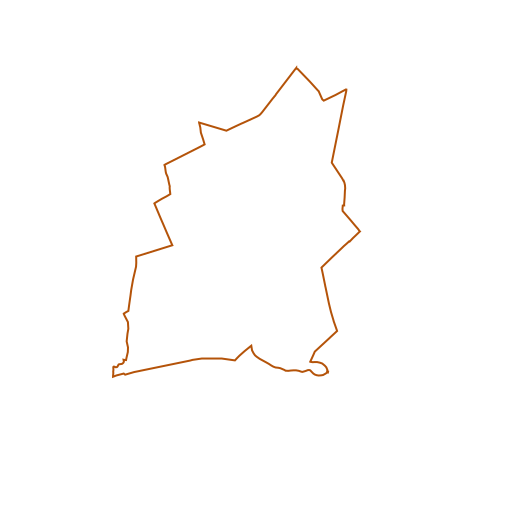 Subate, Ilukstes, Latvia (Mercator projection), rotated 131°
{"feature_id": "27541924B14996624872646", "entity_name": "Subate", "entity_type": "district", "adm_level": 2, "iso_a3": "LVA", "parent_name": "Latvia", "parent_adm1": "Ilukstes", "projection": "mercator", "projection_center": [25.914, 56.009], "detail": "fine", "context": "isolated", "style": "outline", "palette": "amber", "viewbox_px": 512, "rotation_deg": 131, "n_neighbors": 0, "source": "geoboundaries", "source_scale": "gbopen_adm2", "svg_char_len": 3195}
<svg xmlns="http://www.w3.org/2000/svg" viewBox="0 0 512 512"><g transform="rotate(131 256 256)"><path d="M440.9,284.7L437.6,282.9L431.5,278.7L431.4,276.9L423.5,271.8L419.1,268.4L418.8,268.2L378.1,237.1L377.8,236.9L376.1,235.8L368.9,229.6L356.0,214.8L348.6,203.4L345.3,203.3L342.2,203.1L339.8,202.8L335.3,202.2L333.5,201.9L328.4,201.0L326.8,200.7L329.8,197.1L331.0,194.0L331.6,191.6L331.6,189.6L331.2,185.8L330.3,181.7L329.6,178.5L329.0,175.6L328.6,172.6L328.1,170.2L327.3,168.1L325.7,165.8L324.7,164.0L323.3,159.6L323.2,158.5L321.5,156.3L319.6,154.6L317.5,152.5L316.1,150.9L314.6,148.4L313.6,145.9L313.0,144.9L311.3,143.8L310.0,143.0L308.1,142.0L307.2,141.1L306.7,140.0L306.9,138.3L307.1,135.7L306.9,133.9L306.2,132.1L305.1,130.3L303.4,128.6L301.8,127.3L299.3,126.4L297.1,125.8L296.8,125.3L295.9,125.8L296.1,126.3L296.2,126.8L295.3,127.2L294.8,128.1L293.9,129.9L293.6,132.1L293.7,135.5L294.6,137.8L295.9,140.2L297.4,142.0L298.9,143.5L300.1,145.4L300.2,145.7L299.5,145.9L292.4,148.0L289.6,148.9L268.8,146.6L268.5,146.6L265.9,146.3L259.4,145.6L258.9,146.4L254.3,154.5L253.8,155.2L249.1,162.6L244.0,169.8L233.9,183.1L233.6,183.6L233.4,183.8L232.7,184.7L225.4,194.2L221.8,199.0L207.7,197.8L194.4,196.5L190.9,196.2L187.3,195.7L183.8,195.3L183.7,194.8L179.0,194.6L169.3,193.7L169.3,194.2L168.7,196.4L168.0,201.2L166.7,209.5L165.2,220.1L163.9,221.5L161.0,223.6L160.0,222.6L159.2,223.4L153.7,227.5L148.4,231.7L146.4,233.1L144.3,235.2L144.0,235.5L143.9,235.7L143.0,236.9L142.5,237.7L141.7,239.2L141.9,239.3L140.9,241.9L136.0,259.6L135.8,260.1L116.8,270.9L107.3,276.3L97.9,281.7L97.2,282.1L85.5,288.8L72.3,296.1L71.1,297.0L71.3,297.4L75.4,299.0L82.3,301.6L85.5,303.0L94.3,306.8L94.3,308.8L91.0,315.8L90.5,316.8L90.5,317.6L89.0,330.3L87.5,347.4L88.2,348.4L87.6,349.0L90.1,348.9L121.0,347.0L121.7,346.8L122.6,346.7L123.2,346.8L123.4,346.8L123.7,346.8L124.1,346.7L126.1,346.7L127.8,346.6L143.6,345.7L145.7,345.7L147.0,345.8L147.7,345.9L149.1,346.4L150.4,346.9L164.7,353.4L165.0,353.6L172.4,356.9L172.7,357.0L172.9,357.1L173.8,357.5L174.0,357.6L180.7,360.5L180.9,360.6L181.0,360.9L192.6,386.5L192.9,386.2L193.3,385.5L195.6,382.3L199.1,378.5L200.8,375.6L202.8,372.2L205.5,368.0L208.7,369.2L245.3,384.1L246.3,384.5L247.4,384.8L248.2,383.4L249.0,382.4L250.6,380.6L251.9,379.1L252.8,377.8L253.8,375.6L254.4,374.4L255.8,372.5L257.4,370.4L259.2,368.0L259.9,366.9L261.2,365.9L262.5,364.6L264.2,362.7L265.5,361.3L269.5,362.6L274.4,364.5L278.3,365.8L279.9,366.3L280.8,366.6L282.5,367.1L283.0,367.2L288.1,356.8L288.7,355.6L291.7,349.4L292.3,348.1L297.1,338.2L302.8,326.2L335.0,346.1L339.8,341.8L342.4,339.8L342.8,339.5L354.5,333.3L357.0,331.8L363.5,327.9L368.0,324.9L376.2,319.6L381.2,316.3L383.6,317.2L386.3,318.0L386.4,317.9L386.8,317.0L386.9,316.8L387.4,315.7L389.9,309.3L394.7,304.6L399.0,302.0L405.3,297.6L409.0,292.6L412.6,289.7L417.9,286.9L419.8,285.8L421.0,287.5L421.2,287.9L422.4,286.4L423.4,286.1L424.2,286.1L425.4,286.4L427.1,287.9L427.9,288.5L428.1,288.5L429.5,288.2L430.1,288.0L430.3,288.0L430.6,288.0L431.1,288.1L432.0,288.9L432.6,290.6L432.8,290.8L433.1,290.9L433.6,290.7L434.1,290.2L435.6,288.8L436.7,288.1L438.2,286.7L440.3,285.2L440.9,284.7Z" fill="none" stroke="#b45309" stroke-width="2"/></g></svg>